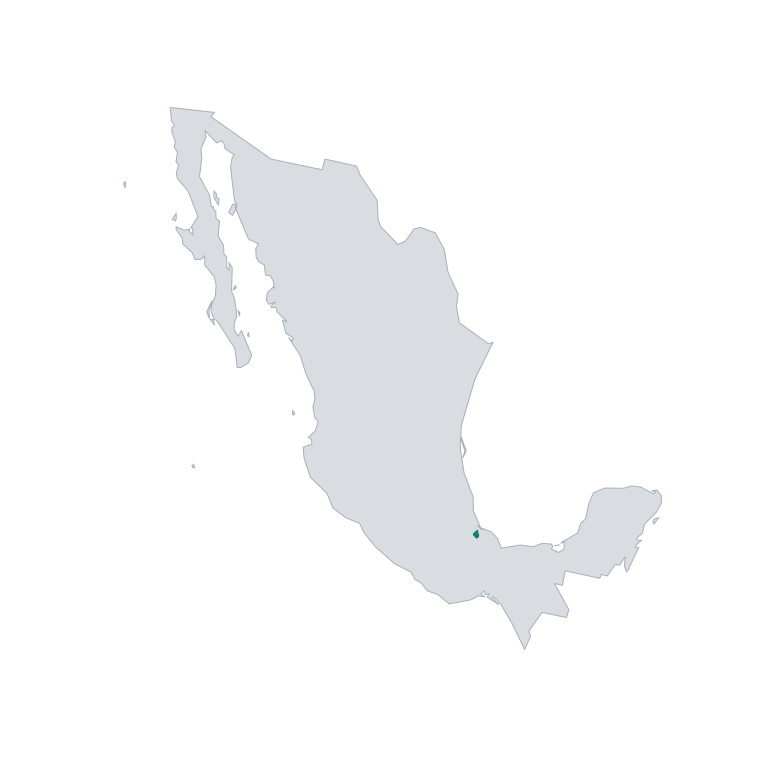 Ixmatlahuacan, Veracruz, Mexico (highlighted), rotated 12°
{"feature_id": "50627088B11055849709035", "entity_name": "Ixmatlahuacan", "entity_type": "district", "adm_level": 2, "iso_a3": "MEX", "parent_name": "Mexico", "parent_adm1": "Veracruz", "projection": "equal_earth", "projection_center": [-95.886, 18.498], "detail": "fine", "context": "in_parent", "style": "filled", "palette": "teal", "viewbox_px": 768, "rotation_deg": 12, "n_neighbors": 0, "source": "geoboundaries", "source_scale": "gbopen_adm2", "svg_char_len": 5352}
<svg xmlns="http://www.w3.org/2000/svg" viewBox="0 0 768 768"><g transform="rotate(12 384 384)"><path d="M117.4,158.0L161.6,153.6L159.2,158.6L227.0,187.5L279.0,187.3L279.5,176.3L311.8,176.6L317.1,184.4L339.0,205.6L343.9,223.6L347.8,230.5L368.6,244.7L375.6,239.4L381.0,226.1L387.5,223.2L402.8,225.5L415.2,240.2L423.4,261.4L437.9,280.9L438.7,293.2L445.1,308.5L477.6,322.9L481.9,320.7L471.9,360.4L468.3,408.2L469.8,418.6L478.3,432.4L476.5,439.9L477.0,432.4L470.0,420.6L472.1,431.4L480.7,454.2L494.7,476.0L497.8,489.6L507.7,503.5L504.9,503.1L510.6,506.5L508.8,504.5L519.2,506.2L526.6,511.0L533.1,520.1L550.6,513.2L563.5,512.2L572.0,506.9L581.0,505.8L582.8,507.8L582.2,510.7L589.5,512.5L594.5,508.2L593.1,501.0L590.7,502.8L591.3,501.3L604.6,489.4L605.4,479.6L609.2,474.0L609.2,458.3L611.5,446.7L621.6,439.9L639.6,436.3L647.4,432.3L656.2,431.4L670.7,435.4L671.8,432.9L668.0,432.8L672.9,431.0L678.9,436.1L680.0,443.0L677.3,452.4L668.0,466.7L667.8,476.2L663.2,482.0L664.1,484.2L668.3,483.4L663.9,489.4L664.0,491.8L667.0,491.0L661.5,515.1L660.1,517.3L656.9,511.8L656.1,502.8L652.0,512.1L647.6,512.8L642.3,525.3L636.0,525.1L635.5,529.2L600.2,529.1L600.3,543.8L592.2,543.7L611.7,566.2L611.1,574.5L586.1,574.6L577.2,595.4L579.7,600.6L576.7,614.4L558.4,590.8L543.8,575.0L534.9,569.0L533.9,570.5L542.2,575.9L529.4,571.2L530.2,567.4L526.9,568.9L524.7,565.5L522.4,569.2L526.7,571.0L520.2,571.8L513.8,577.1L493.5,585.5L480.4,578.8L469.3,577.3L461.9,571.0L454.5,568.5L449.9,562.5L431.9,557.7L409.6,545.1L395.2,533.4L389.1,525.4L374.1,522.7L359.8,515.9L351.0,502.9L331.4,490.5L321.3,473.3L318.0,462.7L325.9,457.7L324.7,453.3L321.2,451.8L326.7,443.9L327.4,434.3L323.2,431.0L319.3,421.6L319.6,412.9L317.0,405.2L305.7,390.7L296.1,373.3L280.9,358.3L285.3,361.1L285.7,357.9L277.4,354.7L271.6,342.9L275.9,343.2L264.1,335.3L262.5,331.3L257.9,332.8L257.2,331.0L260.8,326.4L254.8,330.0L251.4,326.6L250.9,318.9L255.5,312.0L257.0,313.4L254.2,306.3L250.5,301.9L245.4,302.0L242.3,292.6L236.1,290.5L232.6,286.5L230.4,278.2L232.2,273.0L221.3,270.4L203.2,244.3L202.4,238.1L199.7,236.1L188.9,204.0L188.4,194.2L189.9,191.0L179.6,186.9L177.4,181.8L174.1,180.0L170.2,183.0L156.4,173.4L158.6,179.6L156.1,191.6L158.8,201.2L160.4,219.5L174.1,235.6L178.3,246.6L180.5,246.1L181.4,249.4L183.5,249.7L185.2,256.9L189.3,259.0L191.0,273.9L198.2,281.5L200.3,289.9L203.7,292.6L205.9,302.7L208.8,305.1L207.4,297.6L211.4,301.9L215.6,325.0L220.1,331.6L226.0,348.3L224.8,355.3L226.0,361.6L231.2,367.7L233.5,361.5L248.6,383.5L246.9,391.6L240.5,397.7L237.0,398.4L230.8,380.3L206.8,356.2L204.5,356.5L199.8,349.0L198.9,343.8L200.8,332.6L199.1,321.9L195.6,314.3L184.0,305.0L182.0,295.9L179.6,299.8L173.4,301.6L169.1,295.4L158.2,289.1L156.7,283.8L148.7,276.2L148.0,273.5L156.7,275.0L161.8,272.8L161.6,275.2L165.9,277.7L164.5,271.6L162.6,271.2L167.3,259.0L152.2,236.0L139.2,226.0L137.0,221.0L137.5,212.5L134.3,209.8L133.8,200.2L129.8,196.1L129.5,190.4L124.1,181.6L123.3,177.4L125.4,174.6L121.5,171.0L117.4,158.0ZM202.5,244.6L200.7,250.5L196.5,248.5L198.6,239.7L201.2,238.8L202.5,244.6ZM184.8,243.4L178.9,237.1L177.6,230.6L180.6,232.7L181.2,236.3L184.3,237.3L184.8,243.4ZM677.2,464.8L675.7,462.8L676.4,460.0L680.5,457.7L677.2,464.8ZM199.7,356.4L195.5,350.3L198.6,337.7L197.5,349.0L199.7,356.4ZM145.9,267.9L142.5,267.0L145.2,260.4L146.4,265.3L145.9,267.9ZM90.1,246.2L87.5,242.0L88.3,240.1L89.3,240.2L90.1,246.2ZM203.5,356.6L206.0,361.5L200.5,356.7L203.5,356.6ZM302.8,431.2L302.2,433.3L300.7,432.5L300.2,429.0L302.8,431.2ZM227.9,343.9L228.8,347.7L226.0,342.9L227.9,343.9ZM217.9,318.7L219.5,320.4L216.9,323.8L217.9,318.7ZM216.0,505.2L214.8,505.7L213.1,504.1L214.6,502.0L216.0,505.2ZM587.2,505.9L584.1,506.9L589.4,504.7L587.2,505.9ZM242.2,365.6L240.6,365.2L240.5,361.5L242.2,365.6Z" fill="#d9dde1" stroke="#a8b0b8" stroke-width="1"/><path d="M505.8,508.1L505.6,508.1L505.5,508.3L505.4,508.4L505.4,508.5L505.4,508.8L505.3,509.0L505.4,509.4L505.4,509.5L505.2,509.7L504.9,509.7L504.7,509.7L504.6,509.8L504.6,510.0L504.4,510.2L504.4,510.3L504.4,510.5L504.2,510.6L504.2,510.8L504.1,510.7L504.1,510.8L503.9,510.9L503.8,511.0L503.7,511.1L503.7,511.3L503.4,511.5L503.2,511.7L503.1,511.8L503.3,511.9L503.3,512.0L503.4,511.9L503.4,512.0L503.5,512.0L503.7,511.9L503.7,512.0L503.8,512.2L503.7,512.2L503.7,512.3L503.7,512.2L503.6,512.3L503.5,512.5L503.4,512.5L503.4,512.8L503.5,512.9L503.4,513.0L503.5,513.2L503.7,513.3L503.8,513.3L504.0,513.4L504.3,513.4L504.3,513.5L504.5,513.5L504.8,513.5L504.7,513.4L504.7,513.2L504.8,513.2L505.1,513.3L505.3,513.3L505.2,513.5L505.3,513.5L505.2,513.6L505.2,514.0L505.4,513.9L505.5,513.9L505.6,514.0L505.5,514.3L505.4,514.5L505.5,514.6L505.8,514.6L506.0,514.6L506.2,514.8L506.2,514.7L506.3,514.7L506.5,514.6L506.8,514.5L506.8,514.4L506.9,514.2L507.0,514.3L507.3,514.4L507.3,514.5L507.3,514.4L507.5,514.4L507.6,514.2L507.5,513.7L507.4,513.6L507.5,513.5L507.7,513.4L507.8,513.3L507.8,513.2L507.8,512.9L507.8,512.7L507.7,512.5L507.7,512.4L507.5,512.2L507.5,512.3L507.3,512.2L507.2,512.2L507.1,511.9L506.9,511.9L507.0,511.9L506.9,512.0L506.7,511.8L506.5,511.7L506.4,511.7L506.3,511.4L506.6,511.3L506.7,511.2L506.7,510.9L506.8,510.5L506.8,510.4L506.7,510.4L506.6,510.2L506.3,509.7L506.2,509.8L506.0,509.7L506.0,509.4L505.9,509.4L505.7,509.3L505.7,509.2L505.8,509.2L505.7,508.9L505.6,508.7L505.6,508.4L505.7,508.2L505.8,508.2L505.8,508.1Z" fill="#14b8a6" stroke="#0f766e" stroke-width="1.5"/></g></svg>